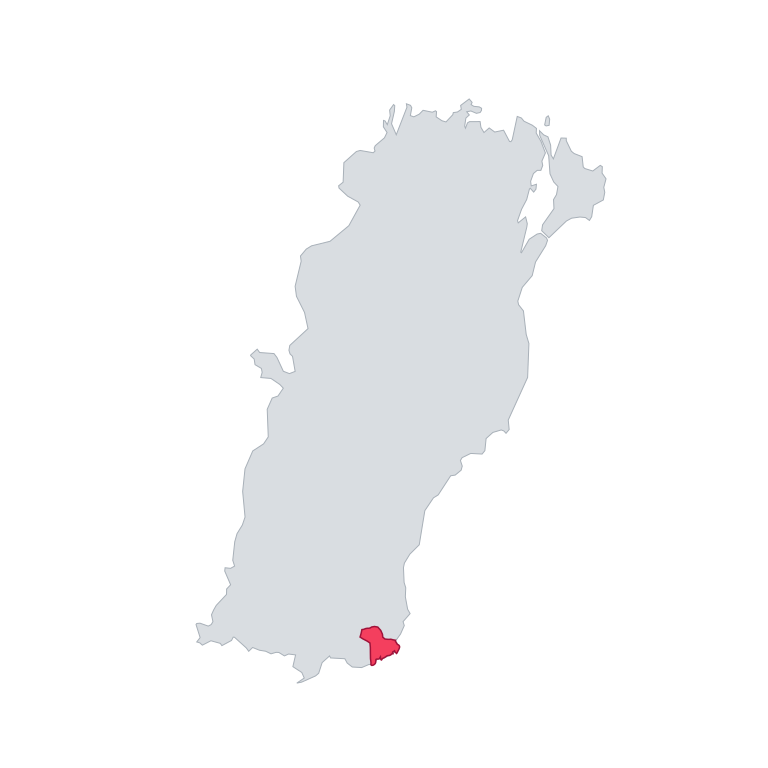 Ardahan highlighted on a map of Turkey, rotated 112°
{"feature_id": "TUR-4839", "entity_name": "Ardahan", "entity_type": "Province", "adm_level": 1, "iso_a3": "TUR", "parent_name": "Turkey", "parent_adm1": "", "projection": "equal_earth", "projection_center": [42.828, 41.094], "detail": "fine", "context": "in_parent", "style": "filled", "palette": "rose", "viewbox_px": 768, "rotation_deg": 112, "n_neighbors": 0, "source": "natural_earth", "source_scale": "10m", "svg_char_len": 4845}
<svg xmlns="http://www.w3.org/2000/svg" viewBox="0 0 768 768"><g transform="rotate(112 384 384)"><path d="M587.1,273.8L597.2,277.3L600.4,274.7L609.6,275.0L617.8,277.0L622.3,271.2L628.1,271.8L629.2,274.8L631.9,275.9L640.4,283.4L639.5,284.4L641.5,287.1L648.9,289.0L649.6,292.8L655.3,298.5L658.3,307.4L656.5,313.6L653.4,317.4L658.0,330.9L656.5,332.6L665.5,337.0L676.7,336.2L680.3,338.1L691.3,348.7L694.0,352.8L686.5,347.8L682.3,352.1L680.2,362.6L668.3,364.5L670.1,371.3L673.4,374.5L672.3,380.9L673.2,383.5L676.5,387.7L676.1,393.6L677.5,399.7L677.5,407.1L682.5,409.3L680.3,412.8L674.8,427.8L675.2,429.0L678.9,429.3L687.3,436.3L685.8,438.6L686.9,448.3L694.2,454.6L693.0,457.8L693.3,461.0L688.0,459.5L677.4,468.2L676.2,467.9L674.7,465.0L674.3,456.3L671.8,454.1L668.4,453.6L662.6,457.5L657.3,457.3L652.1,456.6L638.1,451.2L633.0,453.1L627.6,451.0L617.1,461.6L613.9,462.5L612.4,457.2L608.8,454.3L604.1,458.2L586.1,463.3L577.8,464.2L567.8,462.5L559.4,463.0L536.6,474.8L514.7,481.1L495.2,480.6L484.6,473.2L476.4,471.5L451.2,482.8L438.9,482.4L434.9,477.8L425.6,475.8L423.5,480.3L421.2,490.9L424.2,500.7L418.9,501.3L415.5,503.5L414.4,510.8L409.5,513.7L407.7,518.3L406.9,518.4L399.2,514.6L401.4,511.1L397.0,497.4L399.5,493.2L409.9,482.1L409.8,475.6L405.6,471.1L392.6,479.2L391.3,482.4L388.3,484.8L383.5,485.8L361.1,475.2L347.4,484.5L335.5,498.0L326.7,503.0L301.2,506.8L296.6,509.4L288.0,506.6L283.0,502.9L271.9,487.5L250.4,475.9L227.1,473.1L224.9,476.1L223.5,487.9L219.2,499.1L217.2,500.3L212.2,497.5L193.8,504.1L178.8,496.7L176.4,493.6L173.6,480.6L171.4,479.6L168.9,481.5L166.3,481.4L155.6,475.8L149.7,475.4L145.8,480.9L139.8,483.2L139.7,481.6L142.3,478.1L133.0,478.7L127.9,481.4L121.3,479.8L121.9,478.3L127.4,476.5L139.9,474.5L148.3,466.0L118.8,466.4L115.8,468.2L115.7,463.8L117.5,461.7L125.3,460.1L125.1,456.4L120.6,452.4L115.6,450.3L113.9,441.0L111.4,438.6L111.8,437.3L116.8,435.7L118.2,428.9L117.8,424.7L108.6,421.1L106.4,421.4L104.3,417.8L100.4,415.2L97.0,417.3L87.8,411.8L89.9,407.8L92.3,407.9L92.9,404.8L91.4,399.5L91.8,396.8L93.9,396.1L96.3,396.6L98.4,399.7L98.3,405.7L100.6,409.3L102.6,405.7L106.8,407.7L114.7,405.8L116.3,404.3L110.6,404.4L108.7,403.0L104.7,393.2L109.7,390.3L113.4,385.5L107.2,382.4L108.9,375.7L103.9,368.2L112.1,358.5L111.8,357.1L109.5,356.6L86.0,360.7L85.9,356.3L87.9,352.6L88.5,343.4L89.9,338.4L94.3,336.9L100.1,329.5L109.3,320.9L118.2,321.1L121.9,318.7L127.2,318.6L128.5,322.0L132.9,324.3L141.1,324.0L145.2,321.7L141.7,317.5L146.4,316.1L150.0,317.1L147.7,321.8L148.8,322.2L159.5,320.8L170.4,321.9L182.6,321.4L184.3,319.9L176.0,315.3L181.7,311.2L184.9,310.4L210.6,306.6L210.8,305.7L195.4,303.6L187.6,298.2L185.6,295.2L187.7,288.1L189.5,286.2L195.2,285.9L214.1,289.2L228.0,287.2L242.6,292.0L257.0,291.0L260.1,288.9L264.0,282.1L284.8,270.7L292.2,264.8L324.1,253.3L370.9,255.3L379.3,250.9L384.0,252.4L382.6,255.3L382.7,258.1L388.1,264.9L396.3,268.9L408.0,265.5L412.2,266.8L415.9,277.6L423.0,284.0L426.3,284.5L430.8,280.7L435.0,280.2L441.8,283.9L444.1,287.8L466.5,292.2L471.0,295.5L486.1,298.7L519.9,291.1L532.1,296.3L542.4,298.0L546.9,297.2L560.5,291.0L564.8,287.5L573.3,284.5L584.0,277.7L587.1,273.8ZM155.4,254.8L154.2,259.6L155.8,264.9L160.0,272.2L164.5,275.9L186.6,285.9L182.8,295.2L177.0,296.6L157.7,292.1L149.5,295.9L143.8,295.0L135.7,296.7L133.1,302.3L127.0,308.8L110.7,316.8L95.2,332.7L90.9,334.7L93.2,329.3L93.4,324.6L100.1,319.0L109.2,314.8L111.8,311.3L89.6,312.0L87.8,307.1L90.2,306.1L98.0,297.5L99.1,294.0L99.0,285.5L108.1,280.6L109.0,278.6L108.3,270.2L100.3,265.4L100.7,263.0L106.8,260.8L110.6,255.0L119.3,253.9L123.6,251.1L131.2,249.6L139.9,256.8L151.1,254.1L155.4,254.8ZM83.6,332.1L76.0,333.5L73.8,332.2L76.4,329.6L82.3,327.8L84.0,330.4L83.6,332.1Z" fill="#d9dde1" stroke="#a8b0b8" stroke-width="1"/><path d="M624.0,270.8L628.5,271.2L629.1,271.4L628.9,271.8L628.8,272.3L628.7,272.7L628.6,273.1L628.3,273.4L627.7,273.9L627.4,274.3L628.3,274.8L628.9,275.4L629.5,275.6L630.3,274.7L630.7,274.5L630.9,274.8L631.1,275.3L631.4,275.7L631.6,275.9L632.6,276.2L632.8,276.4L632.9,276.6L633.0,276.7L633.3,276.9L633.6,277.1L634.5,278.9L635.0,279.4L637.4,281.0L638.9,282.4L639.9,282.8L640.8,282.9L640.9,283.2L640.5,283.8L640.0,284.2L638.3,285.1L639.1,285.3L639.8,285.3L640.5,285.3L641.1,286.1L641.9,287.9L642.4,288.3L645.3,287.4L646.2,287.4L647.3,287.7L648.1,288.2L649.0,289.0L649.5,290.0L649.1,291.0L647.0,291.8L643.8,293.6L638.6,295.8L633.3,298.0L629.4,300.0L628.7,303.3L628.2,308.3L627.6,311.4L623.7,311.8L620.0,312.5L619.0,310.8L617.7,309.5L616.8,308.1L616.1,306.4L615.2,305.3L614.0,304.5L612.4,302.0L611.7,298.7L613.7,294.7L616.6,291.7L619.2,290.3L620.1,287.5L619.2,284.5L618.6,283.1L618.3,282.6L618.0,281.6L617.8,279.8L617.3,277.4L617.7,277.4L618.4,276.9L619.3,275.5L620.0,274.8L620.3,274.1L620.6,272.4L621.0,271.7L621.6,271.2L621.8,271.1L622.4,270.9L624.0,270.8Z" fill="#f43f5e" stroke="#9f1239" stroke-width="1.5"/></g></svg>